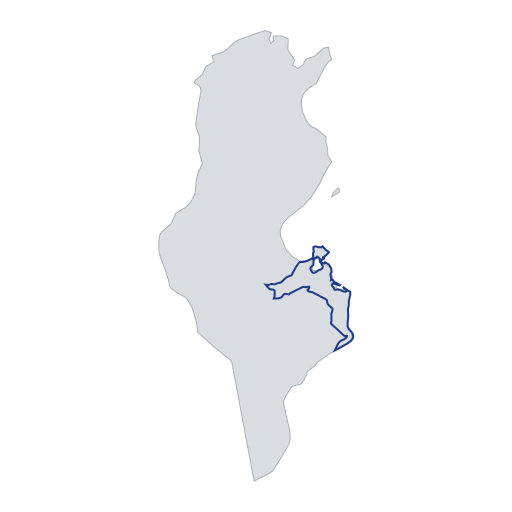 Tunisia, with Médenine highlighted
{"feature_id": "TUN-96", "entity_name": "Médenine", "entity_type": "Governorate", "adm_level": 1, "iso_a3": "TUN", "parent_name": "Tunisia", "parent_adm1": "", "projection": "equal_earth", "projection_center": [10.815, 33.079], "detail": "fine", "context": "in_parent", "style": "outline", "palette": "blue", "viewbox_px": 512, "rotation_deg": 0, "n_neighbors": 0, "source": "natural_earth", "source_scale": "10m", "svg_char_len": 5596}
<svg xmlns="http://www.w3.org/2000/svg" viewBox="0 0 512 512"><path d="M350.2,291.7L350.1,293.4L348.4,305.5L348.1,309.8L347.8,317.2L347.8,326.1L351.7,333.6L351.8,336.9L350.3,340.7L343.3,345.1L334.2,350.7L326.3,356.1L317.7,362.0L315.1,365.8L310.8,368.8L307.2,371.7L306.6,374.5L304.1,379.8L300.8,384.1L292.6,386.1L291.1,387.4L287.3,393.8L285.5,396.3L283.3,401.6L286.1,415.3L289.5,429.4L290.1,435.3L290.1,440.2L288.2,445.5L283.8,453.0L280.5,458.6L274.3,468.6L272.5,471.1L268.2,474.0L260.0,477.9L254.2,481.3L251.3,466.0L248.9,453.0L246.8,442.3L243.3,423.4L240.3,407.4L237.3,391.5L234.6,377.1L231.9,362.5L230.7,360.4L222.3,353.6L214.6,347.3L206.6,340.1L197.9,332.4L196.6,322.6L192.3,307.9L187.6,299.8L185.9,297.6L176.5,292.3L171.0,288.4L169.5,286.2L168.6,280.2L164.8,268.4L160.5,257.6L158.9,250.4L158.8,241.3L159.8,234.7L161.8,231.9L171.1,223.7L175.5,213.8L180.8,210.1L185.4,207.4L189.2,204.1L192.5,198.9L195.1,193.4L195.6,187.4L196.7,178.0L198.5,171.4L202.4,163.9L200.9,157.9L198.9,151.4L199.6,140.1L199.1,135.6L197.5,131.6L195.9,126.4L195.9,122.1L197.6,110.8L198.9,102.2L201.0,91.1L200.4,87.9L198.9,85.6L194.5,83.1L194.5,81.7L195.6,80.0L202.2,74.6L205.8,66.6L208.7,65.0L213.2,62.1L213.1,59.0L212.1,55.7L223.7,51.9L234.8,42.1L238.8,39.7L264.4,30.7L267.7,31.3L271.4,32.7L270.3,36.0L268.8,38.7L271.0,43.4L274.1,40.5L273.3,38.6L273.2,36.1L278.4,35.8L283.1,36.2L288.2,39.0L287.8,49.7L294.6,60.1L292.7,65.3L298.2,68.4L303.2,64.7L305.7,59.3L314.9,56.1L323.6,48.1L328.4,47.3L329.5,53.9L331.8,59.6L328.5,61.6L324.3,67.7L316.4,83.3L309.0,87.8L303.5,93.8L301.8,98.1L301.2,103.1L302.6,112.0L306.6,121.1L311.2,126.5L315.7,128.3L326.1,136.9L325.9,142.1L327.4,148.2L328.0,155.6L331.6,161.6L323.8,174.6L319.6,183.9L311.3,196.9L303.8,205.3L287.9,217.9L284.0,222.1L281.4,226.4L280.2,230.9L280.6,236.2L285.8,249.3L292.8,257.0L299.9,261.2L312.3,259.5L311.9,264.5L312.7,270.6L317.8,270.3L321.1,269.3L324.0,263.5L330.0,267.5L333.2,279.8L338.3,283.6L338.9,285.0L337.1,286.0L335.7,287.4L337.2,288.4L342.2,289.9L345.2,289.0L350.2,291.7ZM324.0,257.4L322.7,257.7L320.4,259.4L319.2,259.6L315.7,257.7L314.4,257.7L312.7,256.3L313.3,248.9L313.8,246.8L322.3,246.5L326.8,251.0L327.6,252.1L327.8,253.4L325.7,255.9L324.0,257.4ZM339.2,192.2L331.8,196.7L333.2,192.7L338.0,188.0L339.3,189.1L339.2,192.2Z" fill="#d9dde1" stroke="#a8b0b8" stroke-width="1"/><path d="M351.3,340.4L350.8,341.1L347.4,343.6L334.8,350.4L338.0,343.8L338.8,342.7L339.6,341.8L340.5,341.1L341.4,340.5L343.7,339.5L344.4,339.1L346.2,337.7L346.6,337.2L346.9,336.7L347.0,336.4L347.1,336.2L347.0,335.9L346.8,335.8L346.4,335.7L345.0,336.0L344.6,336.0L344.3,335.8L343.9,335.5L331.2,323.8L331.0,323.6L331.0,323.3L331.0,323.1L331.0,322.8L331.5,320.8L331.5,320.0L331.3,314.5L331.4,314.0L331.4,313.5L332.1,311.7L332.3,310.6L332.5,309.6L332.5,309.1L332.4,308.9L332.3,308.5L332.2,308.2L331.8,307.8L331.5,307.5L330.9,307.2L330.3,306.7L328.3,304.6L327.9,304.1L327.6,303.6L327.5,303.3L326.9,300.3L326.8,300.2L326.7,300.0L326.6,299.8L326.4,299.6L326.1,299.4L312.8,292.4L311.8,292.1L309.6,291.8L308.7,291.5L308.3,291.2L307.8,290.8L307.6,290.6L307.5,290.4L307.4,290.2L307.4,289.9L307.5,289.7L308.6,289.1L308.7,288.9L308.8,288.7L308.8,288.3L309.2,287.6L309.3,287.4L309.3,287.2L309.2,286.7L308.7,286.7L305.0,287.2L303.3,286.9L302.9,287.0L302.5,287.1L294.1,291.3L293.5,291.7L290.2,293.3L289.7,293.6L289.4,294.1L289.2,294.3L288.9,294.4L288.3,294.4L285.8,293.9L284.9,293.8L284.7,293.9L284.3,294.1L283.7,294.6L283.4,294.9L283.1,295.1L282.1,296.7L282.0,296.9L281.8,297.1L280.1,297.9L279.0,298.2L277.9,298.4L273.8,298.5L274.5,296.7L274.6,296.3L274.6,295.8L274.7,291.0L274.6,290.8L274.6,290.6L274.3,290.3L273.9,290.0L273.0,289.6L272.5,289.5L272.1,289.5L271.7,289.5L271.3,289.5L270.4,289.3L269.4,288.9L268.5,288.0L265.7,284.7L266.6,284.8L267.9,285.0L268.3,285.0L268.7,284.9L270.8,284.2L271.6,284.0L274.3,284.3L275.1,284.3L275.5,284.1L276.9,283.4L280.5,282.6L281.0,282.4L286.5,277.3L288.1,276.5L291.2,275.5L291.5,275.3L291.8,274.9L292.9,272.6L295.5,267.9L295.7,267.4L296.1,266.8L299.0,262.7L300.1,261.9L301.6,262.1L304.9,261.6L308.5,260.4L311.6,258.6L312.5,258.3L313.6,260.6L313.4,264.9L312.0,266.3L311.3,266.6L310.7,267.5L310.4,268.6L310.7,269.6L311.8,271.7L312.5,272.5L313.5,272.9L315.5,272.4L319.1,269.9L320.9,269.4L321.7,269.0L322.4,268.0L322.8,266.8L322.5,265.7L321.7,264.6L321.5,264.1L323.0,262.8L323.5,263.3L324.1,263.4L324.6,263.1L324.9,262.4L325.3,262.4L326.0,263.0L328.0,264.0L328.9,264.6L329.5,265.5L331.2,268.3L331.3,268.9L331.6,272.1L330.3,274.4L331.3,278.3L330.9,280.1L332.3,279.6L333.2,280.7L334.2,282.2L335.3,282.8L336.4,283.1L338.9,284.5L340.1,285.0L339.8,285.3L339.6,285.4L339.4,285.4L334.7,283.7L332.4,283.5L331.8,285.4L332.3,286.2L333.1,286.9L333.8,287.8L334.2,289.2L334.6,289.8L335.7,289.8L337.8,289.4L339.8,289.9L343.8,291.6L346.0,291.6L346.8,291.0L346.5,290.1L345.7,289.3L344.8,289.0L344.3,288.6L343.6,287.7L342.9,286.8L347.2,290.2L349.9,291.6L350.2,291.7L350.3,294.6L348.9,300.6L348.8,301.6L348.8,305.2L347.9,309.5L348.3,316.1L347.6,322.9L347.6,326.4L348.6,328.8L351.9,332.4L353.0,334.7L353.2,337.4L352.3,339.4L351.3,340.4ZM325.6,249.8L326.5,250.4L327.5,250.9L328.3,251.5L328.9,252.4L325.7,255.6L324.9,256.0L324.6,256.3L324.4,256.8L323.9,258.9L323.6,258.9L323.8,257.2L323.9,256.7L323.2,257.0L322.6,259.0L321.7,260.4L320.9,261.4L320.6,262.6L319.8,261.7L319.8,260.6L320.1,259.5L319.3,258.1L318.5,257.6L317.7,256.9L316.9,256.6L316.0,257.6L315.6,258.5L314.7,258.8L313.6,257.8L313.3,256.8L313.0,255.1L313.0,253.4L313.9,251.6L313.4,249.0L313.4,247.1L315.2,246.3L319.0,247.3L321.1,247.4L322.6,246.3L324.1,248.2L325.6,249.8Z" fill="none" stroke="#1e3a8a" stroke-width="2"/></svg>